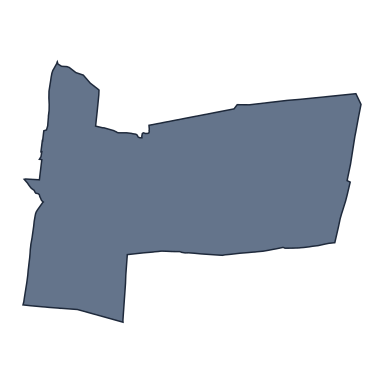 San Agustín Yatareni, Oaxaca, Mexico
{"feature_id": "50627088B58222599296469", "entity_name": "San Agustín Yatareni", "entity_type": "district", "adm_level": 2, "iso_a3": "MEX", "parent_name": "Mexico", "parent_adm1": "Oaxaca", "projection": "mercator", "projection_center": [-96.684, 17.08], "detail": "fine", "context": "isolated", "style": "filled", "palette": "slate", "viewbox_px": 384, "rotation_deg": 0, "n_neighbors": 0, "source": "geoboundaries", "source_scale": "gbopen_adm2", "svg_char_len": 2710}
<svg xmlns="http://www.w3.org/2000/svg" viewBox="0 0 384 384"><path d="M355.9,93.7L300.6,99.3L287.1,100.4L249.4,104.8L237.2,104.7L234.0,108.9L149.0,125.3L149.1,127.0L149.3,129.2L149.1,130.7L149.3,131.4L148.9,132.9L147.9,133.4L145.6,133.5L144.5,133.2L143.8,132.9L143.2,132.9L142.3,133.6L141.8,136.3L141.9,137.8L140.2,137.8L139.4,137.6L138.4,137.2L137.9,136.7L137.6,135.9L136.9,134.8L135.8,134.2L132.6,133.7L131.5,133.4L126.6,132.8L125.0,132.8L120.9,132.8L118.5,132.8L117.2,132.5L116.4,131.9L115.7,131.6L113.7,130.6L103.9,127.8L102.7,127.8L95.6,126.1L97.2,111.2L98.4,99.2L98.8,95.0L98.9,92.6L99.0,90.2L98.9,89.9L90.2,83.1L83.3,75.1L75.9,72.6L69.3,67.5L66.9,66.6L61.6,66.3L57.9,64.0L57.3,61.8L57.0,62.4L57.1,62.9L53.6,69.2L52.9,70.3L51.9,73.2L51.1,77.5L50.7,80.4L50.1,84.1L49.0,91.2L48.9,97.5L48.9,98.1L49.2,104.4L49.1,110.2L49.1,110.5L48.4,116.0L48.4,117.1L48.0,121.9L47.7,125.8L46.5,129.9L43.8,130.8L43.7,131.6L42.7,140.2L42.6,141.0L42.3,140.8L41.7,145.8L40.9,151.8L41.8,151.7L41.0,156.7L39.7,158.8L39.4,159.3L41.1,159.5L41.8,159.7L40.2,173.0L39.4,179.8L37.9,179.7L32.5,179.4L31.9,179.4L31.2,179.3L30.4,179.3L25.6,179.0L24.2,179.3L27.5,183.1L28.6,184.8L30.4,187.2L31.3,188.3L34.2,190.4L34.9,192.0L35.2,192.4L35.8,193.2L38.2,193.7L39.3,194.6L39.8,196.6L40.5,198.0L41.3,200.0L42.2,201.1L43.3,202.0L42.8,202.4L37.6,209.7L36.3,211.8L35.6,213.6L35.1,216.1L34.2,221.3L33.7,226.1L32.4,235.3L32.1,237.5L31.5,240.9L30.9,244.1L30.6,247.0L30.3,249.4L30.1,252.9L29.7,257.6L28.9,264.2L28.5,267.8L28.2,270.1L27.8,274.9L27.3,278.8L26.8,282.6L24.5,297.0L23.8,301.8L23.0,304.9L25.8,305.2L27.7,305.4L30.3,305.7L42.4,306.8L45.2,307.0L48.9,307.4L58.8,308.1L59.1,308.2L60.1,308.3L61.2,308.3L77.4,309.5L92.5,313.7L109.8,318.5L123.0,322.2L122.9,320.4L123.3,314.6L125.5,283.4L125.8,275.1L127.3,254.6L129.3,254.4L137.4,253.5L143.8,252.8L150.0,252.3L153.3,252.0L154.3,251.8L158.2,251.5L160.5,251.2L161.9,251.1L164.5,251.2L167.3,251.3L171.3,251.5L175.8,251.6L179.7,251.6L180.8,251.9L181.5,252.3L185.1,252.9L188.6,252.8L193.8,253.2L201.1,253.9L220.4,255.2L222.5,255.3L225.0,254.8L227.5,254.6L229.8,254.4L239.3,253.3L240.2,253.2L247.8,252.6L250.0,252.4L253.1,252.1L255.1,252.0L256.4,251.8L263.1,251.2L268.3,250.3L273.4,249.3L275.7,248.9L278.7,248.3L282.9,247.4L283.8,247.6L285.0,248.2L293.3,248.1L295.7,248.0L296.6,248.0L299.2,247.9L300.6,247.7L303.6,247.5L309.4,246.8L312.3,246.3L317.3,245.7L317.7,245.7L318.7,245.5L324.9,244.1L328.9,243.3L331.0,243.1L333.4,242.8L333.8,242.8L334.8,242.7L338.4,227.1L340.2,218.6L341.4,214.4L341.8,213.0L342.1,212.2L345.6,201.0L347.1,195.2L350.2,182.1L347.1,180.6L350.5,164.3L351.2,159.9L354.9,136.3L355.7,132.3L358.6,116.6L361.0,104.4L355.9,93.7Z" fill="#64748b" stroke="#1e293b" stroke-width="1.5"/></svg>